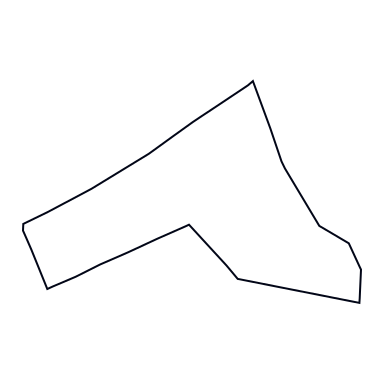 outline of Paulis, Arad, Romania
{"feature_id": "2599482B19247594544458", "entity_name": "Paulis", "entity_type": "district", "adm_level": 2, "iso_a3": "ROU", "parent_name": "Romania", "parent_adm1": "Arad", "projection": "natural_earth1", "projection_center": [21.5, 46.27], "detail": "fine", "context": "isolated", "style": "outline", "palette": "ink", "viewbox_px": 384, "rotation_deg": 0, "n_neighbors": 0, "source": "geoboundaries", "source_scale": "gbopen_adm2", "svg_char_len": 624}
<svg xmlns="http://www.w3.org/2000/svg" viewBox="0 0 384 384"><path d="M359.4,302.9L359.7,298.4L360.0,291.5L361.0,269.6L359.7,266.9L348.8,243.3L319.3,225.9L284.9,168.4L281.5,161.4L270.4,128.6L254.2,84.6L253.1,81.7L252.9,81.1L252.1,81.8L250.6,83.1L249.6,83.9L248.5,84.9L247.7,85.5L231.8,96.1L212.9,108.7L202.0,115.9L192.6,122.2L172.7,136.5L148.8,153.8L91.3,188.9L47.6,212.1L23.3,223.9L23.0,230.6L26.5,238.5L31.3,249.5L37.1,263.8L47.3,289.0L53.0,286.4L75.6,276.8L100.3,264.4L128.1,252.3L156.1,239.3L159.2,237.9L186.0,226.1L189.0,224.7L226.5,265.5L237.7,278.9L359.4,302.9Z" fill="none" stroke="#020617" stroke-width="2"/></svg>